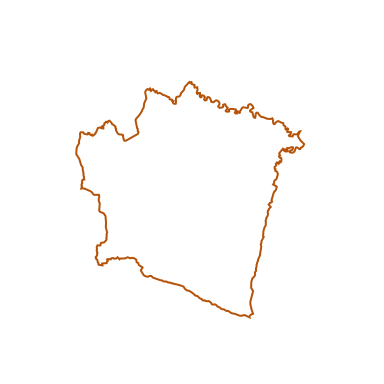 the district of Purbalingga, Jawa Tengah, Indonesia, rotated 219°
{"feature_id": "22746128B86887436396051", "entity_name": "Purbalingga", "entity_type": "district", "adm_level": 2, "iso_a3": "IDN", "parent_name": "Indonesia", "parent_adm1": "Jawa Tengah", "projection": "albers", "projection_center": [109.403, -7.327], "detail": "fine", "context": "isolated", "style": "outline", "palette": "amber", "viewbox_px": 384, "rotation_deg": 219, "n_neighbors": 0, "source": "geoboundaries", "source_scale": "gbopen_adm2", "svg_char_len": 6071}
<svg xmlns="http://www.w3.org/2000/svg" viewBox="0 0 384 384"><g transform="rotate(219 192 192)"><path d="M284.5,134.5L283.6,133.9L284.7,132.7L284.3,131.0L282.9,129.9L282.7,128.6L281.8,127.4L281.2,127.4L280.2,125.0L278.8,126.4L277.6,127.0L271.5,128.7L269.5,128.8L267.1,128.1L266.2,128.2L262.6,131.2L261.0,130.0L260.7,128.9L259.7,127.3L258.3,126.0L256.6,125.2L252.4,119.1L250.9,118.7L248.3,119.6L246.6,119.7L244.0,118.8L239.2,113.7L236.9,110.5L232.4,107.0L231.7,105.3L230.1,103.5L229.7,102.3L228.6,101.5L228.3,100.2L228.7,97.2L230.3,95.8L230.6,95.0L230.4,94.1L229.7,93.5L229.7,92.9L230.1,92.2L231.9,91.1L231.5,89.4L229.5,87.3L229.4,86.7L228.1,85.6L227.9,85.7L227.0,85.1L226.9,84.3L225.8,82.9L225.9,80.8L225.3,80.6L224.6,79.7L223.1,79.8L220.8,78.0L220.1,78.0L219.2,76.9L218.6,76.8L215.4,78.6L216.8,79.9L213.6,83.0L214.1,83.7L214.0,85.5L214.5,85.9L215.4,85.9L215.5,86.4L214.9,87.2L212.7,88.6L213.0,89.5L212.5,90.3L211.6,91.1L210.5,91.2L209.1,92.6L208.8,94.4L206.0,94.1L206.1,94.9L202.2,98.3L200.9,100.8L198.2,101.7L197.7,102.6L195.3,104.1L192.9,104.4L190.8,102.6L189.3,103.0L187.1,101.8L183.0,102.3L182.4,98.8L177.2,97.0L176.3,97.0L174.4,97.6L173.0,98.3L172.0,100.3L170.8,101.1L168.3,100.9L161.2,103.5L159.4,104.5L158.4,104.4L156.8,105.2L156.1,106.0L154.3,106.7L153.5,106.6L152.2,107.8L150.8,108.0L150.3,108.6L149.2,108.8L143.6,111.6L139.3,113.1L138.3,113.0L136.8,112.3L134.2,112.3L131.8,113.5L128.9,113.8L125.5,113.8L124.8,113.5L122.2,114.5L119.1,114.3L116.8,114.9L115.7,114.5L114.9,114.8L114.1,115.8L113.4,115.7L112.0,116.3L110.3,117.8L107.7,118.0L106.5,117.4L105.2,117.4L103.5,119.1L101.7,119.4L100.3,119.0L97.8,119.7L95.6,119.6L94.3,120.1L93.3,120.9L90.5,121.2L89.0,122.4L85.6,122.6L84.4,123.0L81.8,124.4L77.5,125.7L76.0,126.6L73.6,129.5L68.5,130.8L69.0,131.1L69.2,132.8L68.8,134.4L67.9,135.8L71.4,137.9L76.1,141.6L77.6,143.4L82.2,153.5L85.7,154.7L89.4,159.6L90.7,162.8L90.4,165.7L90.9,167.4L92.5,169.0L92.6,171.0L94.2,172.9L94.9,174.7L95.9,175.9L97.3,179.2L97.5,180.4L98.1,181.0L99.4,185.9L100.0,186.5L103.8,193.2L105.8,194.8L105.9,195.9L107.1,197.6L107.9,201.9L108.2,201.7L109.1,202.6L111.9,206.6L113.4,210.2L113.6,212.3L115.9,215.4L116.7,215.9L117.4,218.1L118.0,218.7L118.2,220.9L119.1,222.9L120.4,223.8L121.2,225.4L121.1,226.4L121.6,227.2L121.4,229.9L124.5,230.5L124.6,232.6L123.8,233.9L123.7,235.0L125.0,235.6L127.9,242.5L128.3,244.2L128.0,246.0L129.2,249.1L129.6,249.5L133.7,248.9L133.8,250.4L135.1,252.8L134.6,254.6L134.6,255.6L136.5,260.0L138.3,261.1L140.3,261.3L140.5,261.0L141.5,262.2L142.0,261.9L143.5,263.3L143.3,265.8L144.6,266.8L144.6,268.4L144.1,268.7L144.0,268.4L142.4,268.4L142.4,269.7L143.2,269.7L143.1,271.1L141.9,271.1L142.0,272.2L143.2,273.9L144.1,274.5L145.5,273.9L146.3,274.2L147.0,274.7L146.5,275.8L148.6,276.9L148.6,282.8L147.4,282.6L146.7,283.1L146.6,282.1L145.1,282.2L144.5,282.5L144.1,283.2L146.0,284.1L145.3,284.6L144.4,284.4L145.6,286.1L144.7,286.4L143.2,289.0L141.9,290.2L141.0,289.7L140.6,288.1L142.2,284.7L140.8,284.4L138.7,285.7L138.0,287.1L137.9,288.1L139.2,291.9L138.5,292.8L135.3,293.0L134.9,293.5L135.3,295.0L134.7,296.0L134.5,297.8L135.0,299.8L140.0,300.3L144.4,301.8L145.3,303.0L146.1,307.2L146.7,306.5L146.6,302.9L149.5,300.7L148.8,298.5L151.5,296.6L152.3,297.0L151.8,299.0L152.7,300.8L155.6,298.6L156.1,299.0L156.9,301.5L157.7,301.6L158.0,299.9L158.5,299.6L159.7,300.4L160.5,301.7L162.8,301.5L164.5,303.0L166.6,302.0L168.6,301.7L169.9,301.1L170.6,299.2L170.5,296.7L171.1,296.3L172.5,296.8L174.1,298.7L175.9,299.8L176.9,298.2L179.7,296.2L183.8,295.0L185.1,294.0L188.0,294.1L190.2,294.9L191.3,294.8L191.8,293.8L191.7,293.1L189.6,289.5L190.3,289.0L191.4,289.1L195.2,291.9L197.2,291.2L198.0,291.5L198.2,292.2L197.1,296.0L199.5,297.1L201.8,297.2L202.7,296.1L202.9,294.6L201.6,292.8L201.8,292.2L205.3,290.2L206.0,289.3L205.5,284.8L204.7,283.8L204.8,283.4L205.5,283.1L207.3,283.5L208.0,283.1L208.1,282.5L206.6,281.3L207.8,280.4L208.6,280.6L209.3,283.1L209.9,283.7L213.1,281.9L214.6,280.5L215.1,279.2L213.9,278.1L214.0,277.5L216.0,276.1L216.7,276.1L217.0,276.5L216.9,278.7L217.5,280.0L218.9,279.9L221.6,281.0L222.7,279.4L221.4,277.9L221.5,277.1L223.6,274.7L225.5,275.0L226.0,277.7L226.8,278.5L228.1,279.0L229.5,279.0L230.7,278.6L231.3,277.7L231.8,275.2L233.5,274.4L234.0,274.3L235.3,275.4L237.1,276.3L238.2,276.3L239.4,275.9L239.6,275.2L238.6,272.5L239.1,271.6L240.0,271.3L240.8,271.5L241.6,273.8L243.3,274.2L244.5,273.9L245.6,272.8L244.4,271.8L244.8,271.1L245.8,271.0L246.5,271.5L247.6,273.6L248.1,274.0L249.3,273.0L249.4,271.7L250.1,271.6L251.0,272.4L252.0,274.9L253.8,276.7L255.6,274.8L256.5,275.3L257.4,276.8L259.9,275.7L261.6,277.1L262.1,276.6L262.2,275.5L263.3,275.7L263.7,269.2L262.5,266.1L262.7,262.4L262.6,261.2L262.0,260.5L261.9,259.0L262.1,258.1L263.6,256.5L263.8,255.6L263.0,254.0L261.3,252.2L260.2,250.4L260.8,249.7L261.5,249.3L262.8,249.3L263.5,249.9L263.6,250.9L264.8,250.2L265.5,251.2L267.7,250.0L269.0,251.1L269.8,251.2L270.6,250.5L271.4,250.6L274.8,249.7L276.0,249.1L278.0,249.1L279.7,248.6L280.6,247.1L282.0,247.3L283.0,248.2L283.5,247.7L283.4,246.5L287.0,247.3L287.5,244.6L288.2,244.7L289.1,245.9L289.8,246.1L290.1,244.2L291.3,244.0L291.7,243.0L291.6,241.1L291.1,240.0L286.3,235.9L285.0,230.9L282.7,227.2L282.2,224.1L281.8,223.5L281.3,218.8L281.5,213.5L281.1,212.3L274.9,207.1L274.1,207.1L272.5,205.2L271.2,204.8L270.6,203.1L275.7,190.2L276.7,189.4L277.4,189.4L280.5,191.7L281.3,192.8L282.9,192.3L284.7,191.0L286.3,190.7L289.9,192.1L290.7,193.4L291.9,193.6L292.5,194.6L295.2,194.8L296.5,194.4L298.1,195.1L301.0,195.5L301.7,194.2L301.3,192.7L302.9,192.6L303.3,190.2L302.3,188.8L303.1,186.8L303.1,185.7L302.6,185.4L302.0,186.6L301.4,186.4L300.9,185.6L302.4,184.6L304.0,184.4L305.4,182.4L304.1,178.1L304.2,177.2L303.8,176.5L304.3,173.6L304.7,173.2L305.8,173.6L306.0,172.7L308.0,172.4L308.6,173.2L309.2,173.1L309.9,172.6L309.3,171.4L309.7,170.7L312.6,169.4L314.2,169.9L316.1,168.3L315.8,166.9L313.5,164.4L311.9,160.5L310.4,158.8L309.9,155.4L309.0,153.1L305.8,148.6L300.3,146.7L295.2,143.2L292.3,142.2L291.1,140.7L287.7,137.9L286.6,136.4L285.3,135.6L284.5,134.5Z" fill="none" stroke="#b45309" stroke-width="2"/></g></svg>